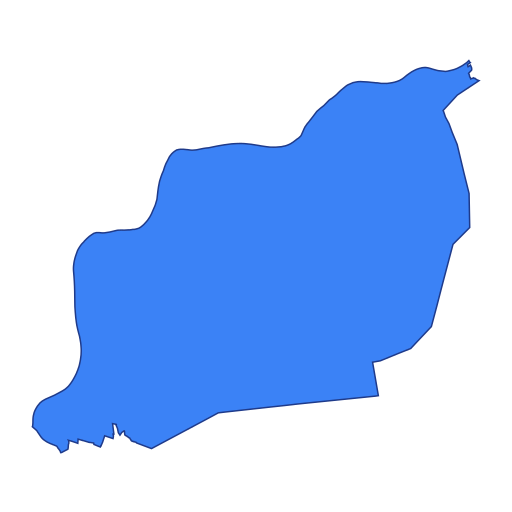 outline of Land van Cuijk, Noord-Brabant, Netherlands, rotated 274°
{"feature_id": "6326949B56936528103985", "entity_name": "Land van Cuijk", "entity_type": "district", "adm_level": 2, "iso_a3": "NLD", "parent_name": "Netherlands", "parent_adm1": "Noord-Brabant", "projection": "orthographic", "projection_center": [5.851, 51.664], "detail": "fine", "context": "isolated", "style": "filled", "palette": "blue", "viewbox_px": 512, "rotation_deg": 274, "n_neighbors": 0, "source": "geoboundaries", "source_scale": "gbopen_adm2", "svg_char_len": 5733}
<svg xmlns="http://www.w3.org/2000/svg" viewBox="0 0 512 512"><g transform="rotate(274 256 256)"><path d="M94.4,50.8L91.1,48.5L89.4,47.6L87.7,46.8L86.0,46.1L84.3,45.6L82.6,45.3L80.9,45.0L79.2,44.9L77.5,44.9L74.1,45.1L72.4,45.1L70.7,45.0L70.1,44.8L66.5,49.5L65.1,50.5L64.0,51.4L62.7,52.4L60.3,54.3L59.2,55.4L58.1,56.7L57.3,58.0L56.8,58.9L56.2,59.9L55.7,61.0L55.3,62.0L54.5,64.0L54.0,65.7L53.6,66.7L53.5,67.3L52.9,69.0L52.4,70.5L52.2,70.7L50.6,71.8L49.3,73.0L47.8,74.2L46.2,74.9L46.4,75.8L47.8,78.0L50.1,81.8L51.3,82.0L54.7,82.0L55.3,82.1L55.8,82.3L56.5,82.3L56.9,82.3L57.6,82.2L58.6,82.0L59.1,81.7L58.4,84.9L57.4,88.8L56.7,91.3L60.9,91.3L59.9,95.7L60.0,95.7L58.4,102.7L58.5,102.9L58.1,107.1L56.7,107.5L56.4,108.6L56.2,109.1L55.2,112.0L54.9,113.1L54.6,114.0L55.8,114.4L55.7,114.6L59.7,116.0L62.6,116.7L66.1,117.6L63.9,126.1L65.5,126.3L66.1,126.3L66.6,126.3L67.0,126.2L68.1,125.9L68.0,126.2L68.0,126.4L68.1,126.6L68.3,126.7L78.8,124.6L78.3,128.3L78.1,128.4L77.9,128.0L74.4,129.8L70.1,131.0L67.8,132.8L68.3,133.1L70.6,134.4L70.7,134.5L72.2,136.4L72.2,136.5L72.3,136.6L72.3,136.8L72.1,136.8L71.8,137.1L71.6,137.1L71.2,137.1L70.8,137.2L69.3,137.4L68.8,137.6L68.5,137.6L68.3,137.7L68.0,138.1L67.7,138.6L67.7,138.8L67.6,139.1L67.3,139.6L67.2,139.8L67.1,140.1L66.8,140.3L66.8,140.6L66.5,141.0L66.4,141.1L65.9,141.7L65.9,141.8L65.8,142.1L65.8,142.4L65.7,142.6L65.4,142.9L64.9,143.1L64.6,143.4L64.4,143.5L64.1,143.8L63.5,144.3L63.3,144.3L63.2,144.3L63.0,144.7L62.8,144.9L62.7,145.3L62.5,145.5L62.6,145.8L62.6,146.0L62.4,146.3L62.4,146.5L62.4,146.8L62.2,146.9L62.2,147.1L62.3,147.4L62.1,147.6L62.0,148.3L62.0,148.6L61.8,149.3L61.7,149.5L61.2,149.8L56.6,165.2L90.8,219.7L96.9,229.3L98.0,235.0L106.1,279.5L108.8,294.7L110.6,304.4L110.7,304.7L112.4,314.4L124.6,385.1L124.8,386.0L125.2,387.8L158.2,379.7L160.1,387.3L168.5,404.3L174.5,416.8L181.9,422.8L197.6,435.7L198.0,435.9L218.8,439.9L236.2,443.1L244.7,444.7L281.4,451.7L299.3,467.2L333.2,464.2L353.2,457.7L381.3,448.9L393.0,443.1L401.5,439.3L407.8,435.3L412.9,433.2L414.2,432.5L430.6,445.6L446.5,466.3L447.2,464.1L448.1,462.6L448.2,462.4L448.6,462.0L448.6,461.9L448.5,461.5L448.4,461.4L448.4,461.2L448.6,461.0L448.7,460.9L448.9,460.4L448.7,460.3L448.4,459.8L448.3,459.3L447.6,457.8L449.0,457.3L449.2,457.2L449.6,456.6L451.5,456.2L452.6,455.6L453.1,455.3L453.3,455.5L454.2,456.3L454.9,456.8L456.0,457.8L456.2,458.0L456.4,458.1L457.4,458.2L458.9,457.9L461.4,456.6L460.4,455.4L459.7,454.6L459.6,454.3L461.8,453.6L462.8,455.0L462.9,454.9L463.8,456.3L464.2,455.8L465.8,454.7L463.7,452.8L462.0,450.7L460.7,449.1L459.6,447.5L458.0,444.9L457.1,443.4L456.4,441.9L455.9,440.8L454.8,437.6L453.7,434.0L453.5,433.0L453.4,432.5L453.3,432.1L453.4,430.5L453.5,427.9L453.6,425.1L453.8,423.7L454.1,422.2L454.7,419.2L455.4,416.2L455.7,414.5L455.9,412.3L455.8,410.9L455.6,409.7L455.4,408.6L454.5,405.8L453.8,404.1L453.4,403.2L452.8,402.1L452.0,400.7L450.9,399.0L450.6,398.5L448.3,395.6L447.6,394.8L446.8,393.8L444.2,391.1L442.9,389.6L441.1,386.9L440.0,384.5L439.1,382.2L438.4,379.8L437.8,377.2L437.3,374.7L437.1,371.6L437.0,370.0L436.9,368.8L437.2,365.2L437.1,363.3L437.2,362.2L437.3,358.0L437.4,356.0L437.3,348.9L437.3,348.1L437.1,346.3L437.0,345.6L436.5,343.5L436.1,342.1L435.7,340.6L435.5,340.3L434.8,338.9L433.2,335.8L432.5,334.8L432.2,334.4L431.2,333.3L427.3,329.2L425.7,327.7L422.5,324.9L421.5,323.9L420.4,322.7L418.7,320.8L417.9,319.7L417.4,319.0L416.6,318.1L415.3,317.0L410.7,313.1L408.1,310.2L405.7,307.8L404.6,306.7L404.2,306.4L398.8,302.9L392.7,298.8L391.9,298.1L391.4,297.8L387.9,295.7L387.5,295.6L386.1,295.0L384.6,294.5L379.6,292.7L379.2,292.5L378.2,291.8L378.1,291.6L377.2,290.8L376.4,290.0L375.6,288.9L372.9,285.9L372.2,285.1L371.2,283.7L370.6,283.0L369.4,280.9L368.4,278.8L367.8,277.3L367.6,276.4L366.8,273.7L366.6,272.4L366.2,269.7L365.9,267.7L365.8,266.0L365.7,264.2L365.6,262.4L365.7,260.0L365.8,258.3L366.2,253.1L366.4,251.5L366.8,246.8L367.1,243.4L367.2,240.0L367.3,236.6L367.2,233.2L366.9,229.8L366.5,226.4L366.1,223.5L365.3,219.6L364.6,216.2L363.4,211.3L362.9,209.3L361.2,203.2L361.0,202.6L360.8,201.8L360.6,201.1L360.2,198.6L359.6,195.9L358.1,190.5L357.7,189.0L357.3,186.3L357.1,184.8L357.1,183.4L357.3,180.4L357.3,179.5L357.4,176.2L357.3,174.5L357.2,173.2L356.9,171.6L356.3,169.7L356.2,169.3L355.5,168.5L354.8,167.5L353.7,166.3L352.1,164.8L350.8,163.9L349.3,162.9L348.7,162.6L345.3,161.2L341.9,159.7L338.4,158.6L335.5,157.9L334.9,157.8L333.2,157.2L331.2,156.5L328.4,155.7L324.7,154.8L323.8,154.6L318.3,153.9L314.1,153.6L307.1,153.3L305.4,153.2L300.0,152.0L298.4,151.5L296.8,150.9L290.8,148.8L289.2,148.1L287.8,147.5L284.0,145.3L282.0,143.8L280.0,142.2L279.6,141.9L278.3,140.6L276.8,139.0L275.6,137.3L274.9,135.5L274.2,133.4L274.1,133.1L274.0,131.9L273.9,131.0L273.7,130.4L273.3,128.5L273.2,127.8L273.1,126.5L272.6,122.7L272.5,120.2L272.2,117.2L272.0,115.9L271.7,114.8L269.7,108.4L268.5,103.1L268.3,101.0L268.4,98.1L268.2,95.1L267.8,94.0L267.3,92.6L265.7,90.5L264.0,88.4L261.5,86.0L259.3,84.1L258.8,83.7L258.0,83.2L256.3,81.7L255.1,80.8L252.9,79.5L252.0,79.0L250.4,78.2L249.7,77.9L248.7,77.5L243.6,76.1L242.0,75.7L240.3,75.4L238.6,75.1L236.9,74.9L235.2,74.8L233.5,74.7L231.8,74.7L230.1,74.8L228.4,75.0L223.3,75.8L218.2,76.5L213.1,77.1L208.0,77.6L196.1,78.6L192.7,78.9L187.6,79.6L182.5,80.4L177.4,81.4L174.0,82.2L170.6,83.2L167.2,84.3L165.5,84.9L163.8,85.5L160.4,86.4L158.7,86.8L157.0,87.2L155.3,87.5L151.9,88.0L150.2,88.2L148.5,88.3L145.1,88.4L143.4,88.3L140.0,88.1L138.3,87.9L134.9,87.4L133.3,87.1L131.6,86.6L129.9,86.2L128.2,85.6L126.5,85.1L124.8,84.4L123.1,83.7L121.4,82.9L119.7,82.1L118.0,81.2L116.3,80.2L114.6,79.1L112.9,77.9L111.3,76.4L109.9,75.0L107.9,72.3L103.1,64.7L101.4,61.5L98.6,56.2L97.5,54.5L96.3,52.8L94.4,50.8Z" fill="#3b82f6" stroke="#1e3a8a" stroke-width="1.5"/></g></svg>